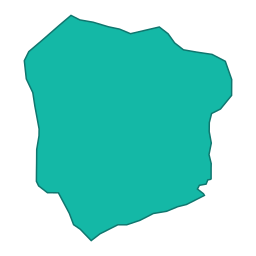 Pyoksong, Hwanghae-namdo, North Korea (Natural Earth projection)
{"feature_id": "82179303B11091889229707", "entity_name": "Pyoksong", "entity_type": "district", "adm_level": 2, "iso_a3": "PRK", "parent_name": "North Korea", "parent_adm1": "Hwanghae-namdo", "projection": "natural_earth1", "projection_center": [125.467, 38.097], "detail": "fine", "context": "isolated", "style": "filled", "palette": "teal", "viewbox_px": 256, "rotation_deg": 0, "n_neighbors": 0, "source": "geoboundaries", "source_scale": "gbopen_adm2", "svg_char_len": 875}
<svg xmlns="http://www.w3.org/2000/svg" viewBox="0 0 256 256"><path d="M231.6,95.4L231.7,79.5L225.3,61.3L212.1,54.4L196.6,52.1L183.4,49.8L174.6,42.9L168.1,33.8L159.3,27.0L130.5,33.7L119.5,29.1L108.5,26.8L93.1,22.2L79.8,19.9L71.0,15.4L60.1,24.6L57.7,26.7L42.1,40.3L28.8,51.6L24.3,60.7L26.3,78.9L32.8,92.6L34.9,106.3L37.0,117.6L39.1,129.0L39.0,135.8L36.7,149.5L36.6,163.1L36.5,170.0L36.4,181.3L38.6,185.9L47.4,192.7L58.4,192.8L69.3,213.3L73.6,224.7L80.2,229.2L84.6,233.8L91.2,240.6L100.0,233.8L117.8,224.8L126.7,224.8L140.0,220.3L153.3,213.5L166.6,211.3L177.7,206.7L186.5,204.5L195.4,200.0L204.4,195.4L203.7,194.1L203.3,193.6L197.4,189.0L199.4,185.3L206.1,184.1L207.8,179.9L210.4,179.4L211.1,178.9L211.1,177.2L211.1,168.1L211.2,163.6L209.0,154.5L211.3,143.1L209.2,131.7L209.3,122.6L211.6,113.5L220.5,109.0L231.6,95.4Z" fill="#14b8a6" stroke="#0f766e" stroke-width="1.5"/></svg>